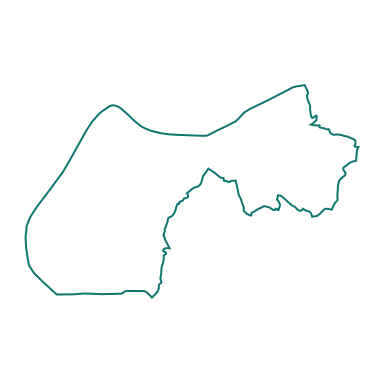 Lam Thao, Phú Thọ, Vietnam (Mercator projection), rotated 89°
{"feature_id": "81297802B85606551737880", "entity_name": "Lam Thao", "entity_type": "district", "adm_level": 2, "iso_a3": "VNM", "parent_name": "Vietnam", "parent_adm1": "Phú Thọ", "projection": "mercator", "projection_center": [105.304, 21.326], "detail": "fine", "context": "isolated", "style": "outline", "palette": "teal", "viewbox_px": 384, "rotation_deg": 89, "n_neighbors": 0, "source": "geoboundaries", "source_scale": "gbopen_adm2", "svg_char_len": 3835}
<svg xmlns="http://www.w3.org/2000/svg" viewBox="0 0 384 384"><g transform="rotate(89 192 192)"><path d="M292.4,264.2L290.7,261.5L290.2,260.9L289.8,258.0L290.0,253.5L290.2,243.6L290.2,241.7L291.2,239.3L295.7,234.8L296.9,233.9L295.7,232.7L294.8,231.7L292.9,229.6L290.0,227.6L287.5,226.8L285.9,226.8L284.4,226.7L283.4,226.1L282.5,224.6L281.9,224.2L281.2,224.3L278.8,225.0L276.6,225.0L273.6,224.3L267.3,223.8L261.9,222.1L260.6,221.8L256.9,221.3L256.0,221.5L255.1,221.5L254.5,220.6L254.1,220.1L253.5,219.1L252.6,219.0L251.9,219.4L250.8,221.4L250.1,222.0L249.4,221.7L248.6,221.0L248.2,220.6L247.8,219.3L247.6,217.5L247.9,215.5L244.5,217.0L240.5,219.1L235.0,221.0L234.9,221.3L230.7,219.8L229.0,219.9L228.0,219.8L226.9,219.0L226.0,218.6L225.3,218.6L223.8,217.9L221.3,216.9L219.2,216.7L218.5,216.4L217.3,215.8L216.4,213.8L215.4,212.1L214.0,210.9L212.2,209.8L208.9,208.5L207.2,208.2L204.5,207.1L203.9,206.9L203.6,206.4L203.7,205.4L203.2,204.7L202.0,204.9L201.7,204.8L201.1,203.3L200.8,201.8L200.0,201.0L198.4,200.2L198.1,199.2L197.9,198.0L197.3,196.6L196.3,195.9L194.9,196.0L193.7,196.6L193.2,197.1L192.4,196.2L188.6,191.4L187.5,189.1L186.6,185.8L185.1,184.0L183.1,182.7L180.3,181.8L176.3,180.7L172.9,177.9L168.9,175.2L172.9,169.4L177.9,163.5L178.5,162.2L178.6,160.6L178.6,160.3L179.5,160.1L181.2,159.9L181.5,159.5L181.5,158.3L182.0,156.6L182.7,155.1L182.7,154.5L182.1,153.6L181.6,152.2L181.5,150.2L181.4,148.1L183.5,147.7L189.6,146.4L192.7,146.0L196.2,145.1L199.5,143.4L203.0,142.3L208.8,140.4L210.5,140.8L211.8,140.5L213.1,139.3L213.8,138.5L214.7,137.7L214.8,137.5L216.6,134.0L216.4,133.1L214.6,133.0L213.8,132.5L213.4,131.7L212.7,130.2L210.1,126.0L209.1,123.6L207.3,120.1L208.5,116.2L208.9,114.6L209.5,113.8L211.0,111.8L211.4,110.5L211.4,109.3L210.2,108.8L210.4,107.4L211.5,106.6L211.6,105.9L208.0,104.6L206.4,104.2L204.6,104.8L202.6,105.8L200.7,107.4L200.5,108.0L200.6,107.2L200.0,106.6L198.0,106.4L196.9,106.2L196.9,104.8L197.7,102.6L201.0,98.9L204.8,95.0L207.4,91.9L208.9,89.2L211.6,86.6L212.7,84.9L212.2,82.5L210.7,81.4L211.3,80.5L212.5,78.5L213.3,76.3L213.6,75.1L214.8,73.7L216.8,72.8L218.9,72.3L218.5,70.6L218.4,68.6L217.9,67.1L216.6,65.3L216.0,64.5L214.1,62.6L211.8,60.1L211.1,58.6L211.2,56.7L212.1,52.6L211.8,52.5L209.1,51.2L207.1,50.2L205.2,49.1L204.1,47.8L202.9,46.8L201.0,46.6L197.8,46.7L192.2,46.2L189.1,46.1L185.7,45.3L183.2,44.6L181.7,43.3L179.9,41.2L178.4,39.2L177.4,38.4L176.5,38.3L175.2,38.3L172.7,40.2L171.3,40.4L170.0,39.8L167.9,36.7L166.0,34.5L164.8,32.1L163.5,27.4L158.7,26.9L153.3,26.4L149.9,24.8L149.7,27.0L149.2,28.5L148.3,28.6L146.6,27.8L144.4,27.6L143.3,28.0L142.4,28.8L139.1,36.1L138.7,38.5L137.7,41.6L137.1,44.6L137.0,46.1L137.3,49.4L136.7,50.7L136.2,51.8L135.3,52.7L134.4,53.2L132.9,53.5L131.9,53.9L131.6,54.4L131.7,54.9L131.8,56.3L131.4,57.0L130.8,58.2L130.3,60.4L129.9,62.5L129.4,63.4L128.5,63.4L127.9,63.2L127.5,63.8L127.6,64.8L127.5,68.3L126.7,71.8L126.2,70.8L123.3,67.3L122.2,66.4L120.7,66.2L119.0,66.0L117.9,66.3L117.9,66.9L118.8,68.1L120.0,69.8L120.0,70.4L119.2,71.2L116.9,71.8L115.2,72.1L112.0,72.4L108.0,72.4L104.1,73.8L101.6,74.8L98.6,75.3L97.1,75.2L95.9,74.4L93.7,74.4L91.2,75.6L87.1,77.5L88.2,85.8L89.2,89.6L92.0,95.0L94.6,100.2L102.7,116.8L109.6,131.9L113.6,138.6L116.6,141.5L119.3,144.0L120.5,145.4L122.5,147.7L126.9,156.9L131.3,166.5L135.7,175.4L136.0,176.6L136.0,180.8L135.2,195.4L134.4,208.7L133.8,215.0L132.7,222.0L130.3,231.3L127.4,238.2L125.5,241.6L120.3,247.9L113.8,254.4L106.8,262.1L105.1,265.1L104.2,267.6L103.9,269.7L104.6,272.5L109.1,279.6L112.3,283.7L119.9,290.6L128.6,296.5L157.1,313.1L169.4,320.5L169.5,320.5L193.8,339.2L203.7,347.1L214.1,354.1L218.9,356.2L223.2,357.9L234.2,359.2L244.1,358.9L256.6,357.3L262.5,356.3L270.6,351.2L280.2,341.6L287.8,333.6L292.1,329.1L292.3,313.6L291.6,301.9L292.1,292.2L292.6,283.6L292.4,264.2Z" fill="none" stroke="#0f766e" stroke-width="2"/></g></svg>